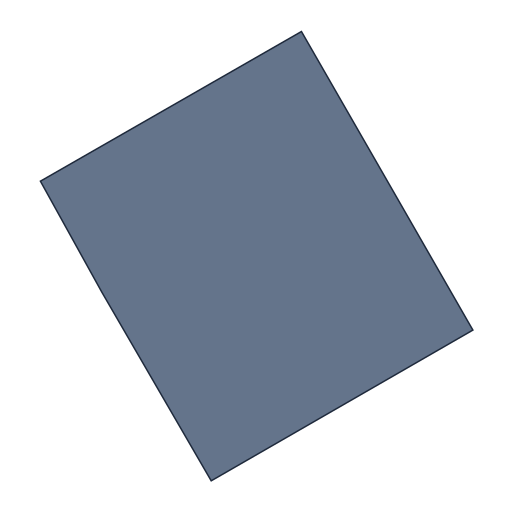 Lincoln, Oklahoma, United States of America, rotated 150°
{"feature_id": "52423323B68871518650503", "entity_name": "Lincoln", "entity_type": "district", "adm_level": 2, "iso_a3": "USA", "parent_name": "United States of America", "parent_adm1": "Oklahoma", "projection": "natural_earth1", "projection_center": [-96.891, 35.702], "detail": "fine", "context": "isolated", "style": "filled", "palette": "slate", "viewbox_px": 512, "rotation_deg": 150, "n_neighbors": 0, "source": "geoboundaries", "source_scale": "gbopen_adm2", "svg_char_len": 276}
<svg xmlns="http://www.w3.org/2000/svg" viewBox="0 0 512 512"><g transform="rotate(150 256 256)"><path d="M407.6,301.6L407.2,83.7L105.2,83.4L105.2,93.8L104.8,240.1L104.4,427.7L207.1,428.0L405.3,428.6L407.6,301.6Z" fill="#64748b" stroke="#1e293b" stroke-width="1.5"/></g></svg>